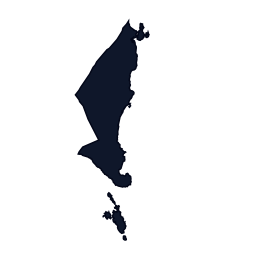 the district of Occidental Mindoro, Mindoro Occidental, Philippines, rotated 216°
{"feature_id": "2640588B90196487973168", "entity_name": "Occidental Mindoro", "entity_type": "district", "adm_level": 2, "iso_a3": "PHL", "parent_name": "Philippines", "parent_adm1": "Mindoro Occidental", "projection": "orthographic", "projection_center": [120.638, 13.026], "detail": "fine", "context": "isolated", "style": "filled", "palette": "ink", "viewbox_px": 256, "rotation_deg": 216, "n_neighbors": 0, "source": "geoboundaries", "source_scale": "gbopen_adm2", "svg_char_len": 5738}
<svg xmlns="http://www.w3.org/2000/svg" viewBox="0 0 256 256"><g transform="rotate(216 128 128)"><path d="M153.0,77.7L152.1,78.1L150.9,79.0L150.0,79.4L148.7,79.2L143.4,81.0L141.5,81.1L141.4,81.3L140.5,81.6L139.5,81.5L139.5,81.3L138.9,81.5L135.9,79.8L132.3,79.2L131.2,78.7L129.4,78.6L128.7,79.0L127.8,79.1L125.3,79.0L124.7,78.3L123.2,78.2L122.3,77.6L120.3,77.3L119.7,76.9L118.7,77.3L116.8,77.2L116.4,77.5L114.0,76.7L111.1,77.4L110.5,76.8L109.8,76.9L109.1,76.6L108.4,75.7L105.5,75.0L104.4,74.5L104.1,75.0L101.7,75.4L97.5,77.2L97.1,78.1L95.6,78.7L94.7,80.1L94.1,80.3L94.2,81.1L93.8,82.6L92.7,83.6L93.7,85.1L93.8,86.3L94.4,86.4L96.0,88.9L97.4,90.3L98.3,90.4L99.1,90.1L101.2,91.0L101.7,91.0L102.5,89.9L101.9,87.9L102.2,87.3L104.5,86.8L105.6,85.8L106.8,85.5L109.4,86.7L110.8,88.7L110.6,89.5L110.1,90.1L109.9,91.1L112.0,97.0L112.2,98.4L111.4,99.3L112.3,101.0L112.9,101.3L113.8,102.7L114.6,102.6L115.1,102.2L115.9,102.7L116.5,104.5L116.0,106.1L116.1,106.8L115.8,107.1L116.0,107.2L116.5,106.7L117.8,106.4L119.7,106.9L120.8,106.6L120.8,107.6L121.6,107.3L122.4,107.4L122.4,107.2L123.1,107.4L124.8,109.8L127.2,110.0L127.3,110.4L128.7,110.5L129.3,110.9L129.7,111.7L129.5,112.1L130.7,113.4L131.0,114.2L131.7,114.8L132.2,115.8L132.3,116.7L134.2,119.0L136.4,123.7L136.7,124.0L137.3,123.8L137.6,124.1L137.4,124.2L140.9,132.1L141.5,136.8L141.9,136.8L141.7,137.5L141.6,137.3L141.6,137.7L142.1,137.5L142.8,138.2L142.6,138.4L142.3,137.9L141.7,137.8L142.3,139.4L142.4,141.4L142.5,141.2L142.7,141.3L142.5,141.7L142.7,142.3L142.5,145.0L141.6,147.4L140.9,147.9L141.1,147.8L140.3,147.9L140.9,148.4L140.8,149.0L141.3,148.7L141.5,148.2L141.9,148.3L142.8,149.7L143.2,153.1L142.8,153.6L142.9,154.1L143.1,155.6L143.6,156.4L143.3,159.0L144.1,160.2L144.9,160.5L146.3,160.5L148.1,159.7L150.2,160.9L150.8,161.8L151.2,163.9L151.7,164.5L152.7,165.0L153.8,166.9L154.9,167.2L156.0,169.1L156.8,171.3L157.1,171.2L157.7,171.7L158.8,175.6L158.5,177.4L157.3,178.5L156.8,179.9L156.9,181.3L157.5,182.4L157.5,183.6L159.7,185.8L161.0,188.5L162.3,190.2L162.7,191.5L164.1,192.7L165.3,192.8L165.9,193.3L168.4,197.6L169.2,198.6L171.5,199.8L172.2,200.9L174.0,202.2L174.6,202.2L173.6,201.4L173.8,201.1L174.1,201.3L174.3,201.1L174.0,200.2L174.4,200.1L174.6,200.6L174.8,200.5L174.7,200.8L175.2,200.7L174.9,201.5L175.2,201.2L176.2,202.5L176.2,202.2L176.7,201.8L176.7,201.4L177.1,201.5L176.9,201.1L177.2,201.1L177.0,200.9L177.4,201.1L177.6,201.9L177.4,202.9L176.4,204.1L176.7,204.5L177.0,204.4L177.0,205.0L176.4,205.2L176.8,204.8L176.4,204.4L176.1,204.3L174.8,206.4L175.2,207.9L175.0,208.3L175.4,208.4L176.0,207.7L177.0,208.5L176.7,210.0L176.9,210.8L176.5,211.2L177.4,211.0L178.5,211.4L179.0,211.0L180.8,210.9L180.9,210.7L181.1,210.9L185.0,210.9L186.8,211.4L188.0,212.8L189.0,212.8L190.4,214.8L190.2,211.1L190.8,205.9L189.6,203.0L188.9,193.2L189.9,181.5L191.0,179.0L192.2,163.2L191.6,159.6L191.9,156.6L190.7,149.2L190.2,133.1L189.8,129.7L190.0,123.9L184.2,122.1L182.6,120.9L177.3,119.6L165.4,111.7L144.5,101.1L153.4,86.0L153.5,80.1L153.0,77.7ZM71.2,39.1L69.8,40.8L70.2,41.5L71.6,42.1L71.3,44.8L71.4,45.6L71.9,46.2L71.9,47.0L72.2,47.5L73.4,47.9L73.6,48.2L74.5,48.6L74.4,49.1L75.0,49.3L75.3,50.0L75.5,49.6L76.3,49.6L76.9,50.1L77.7,50.2L78.1,51.7L79.2,52.1L79.9,52.7L81.1,52.2L82.9,52.9L82.9,53.2L83.9,54.1L84.1,55.1L84.5,55.1L84.8,55.5L85.0,55.3L86.0,55.3L88.1,56.3L88.3,56.7L88.0,57.0L88.3,57.5L88.6,57.6L89.1,58.9L88.9,59.2L89.4,59.6L89.8,59.7L90.2,59.2L90.7,57.9L91.9,58.4L92.3,58.1L91.6,57.2L91.5,56.4L92.1,55.9L91.6,55.4L90.7,55.6L90.3,56.1L89.8,56.1L87.7,54.5L87.7,53.7L87.9,53.6L87.7,53.5L88.5,52.9L89.5,52.7L91.6,52.9L90.4,52.1L90.4,51.5L90.8,51.0L90.6,50.7L90.1,51.3L89.5,51.1L89.0,49.6L89.1,48.4L88.4,47.8L88.1,46.8L86.9,47.0L86.2,46.8L86.6,45.8L86.2,44.9L85.1,44.1L84.9,43.8L83.7,43.5L83.4,43.9L83.6,44.7L83.1,44.9L82.6,44.6L82.7,44.1L82.0,43.3L79.2,43.0L78.7,42.7L77.8,41.2L76.2,40.1L73.5,39.2L71.2,39.1ZM172.9,205.4L170.7,205.6L169.6,206.2L169.5,207.1L168.6,208.6L168.8,209.5L168.6,209.8L168.6,211.0L169.5,211.4L168.9,212.1L169.1,213.1L170.8,213.5L171.0,213.9L172.3,214.1L173.0,214.5L173.6,215.0L174.3,216.8L174.2,218.5L174.7,218.7L175.0,218.5L175.5,219.1L176.1,218.6L176.3,219.4L177.3,220.2L177.3,220.6L177.8,220.6L178.3,220.2L179.2,220.0L179.3,219.3L177.9,217.4L177.2,215.8L176.8,215.6L176.8,215.8L176.7,215.9L176.4,215.4L176.1,215.7L175.7,215.6L176.0,214.6L175.8,213.5L176.2,213.1L175.8,211.9L176.0,211.8L175.1,210.5L175.0,209.9L174.4,209.5L174.6,209.0L174.1,207.5L173.8,207.4L174.0,207.3L172.9,205.4ZM93.4,42.6L91.4,42.1L91.2,42.5L91.6,43.2L91.2,44.4L90.4,44.5L90.1,44.3L89.8,44.7L88.8,44.5L88.8,45.2L89.1,45.5L89.6,45.1L90.2,45.3L90.2,46.6L90.5,47.2L92.5,48.1L93.3,48.1L94.1,48.7L94.0,48.2L94.3,47.8L96.4,47.2L95.9,46.7L96.4,46.2L96.1,45.8L96.6,45.2L95.6,45.1L95.3,44.4L95.6,43.8L95.2,43.9L94.8,43.7L94.9,43.2L93.7,43.5L93.4,42.6ZM93.3,58.5L94.1,59.1L94.5,59.7L95.8,60.5L97.0,60.4L98.9,61.9L99.7,61.9L101.2,62.6L101.6,62.9L101.4,63.4L101.8,63.4L101.8,63.7L103.0,63.7L104.2,64.3L105.4,64.3L105.5,62.8L104.3,61.4L103.1,61.3L101.3,61.6L100.7,61.1L100.3,60.2L99.9,60.3L99.1,59.9L98.6,60.2L97.5,59.7L96.9,59.2L95.6,59.2L93.3,58.5ZM66.0,35.4L64.5,35.6L63.8,36.4L63.8,36.7L64.2,37.2L65.4,37.8L66.3,38.7L67.0,38.8L67.9,38.2L68.0,37.8L67.6,36.9L66.8,36.3L66.7,35.7L66.0,35.4ZM166.6,212.0L165.9,212.4L165.3,213.9L165.9,215.6L166.5,215.1L167.2,214.9L167.3,215.6L166.3,215.7L166.5,216.1L167.0,216.1L167.4,216.8L168.1,217.3L167.8,216.5L167.2,216.1L167.7,215.2L168.2,215.7L168.8,215.9L169.1,215.7L169.1,215.3L168.6,214.4L168.0,214.5L167.5,212.6L166.6,212.0ZM139.0,145.7L139.0,146.3L139.8,145.9L139.6,145.8L139.0,145.7ZM139.5,147.3L139.2,147.6L139.7,148.0L140.0,148.0L139.5,147.3ZM95.9,41.7L95.8,41.8L95.8,42.6L96.2,42.0L95.9,41.7Z" fill="#0f172a" stroke="#020617" stroke-width="1.5"/></g></svg>